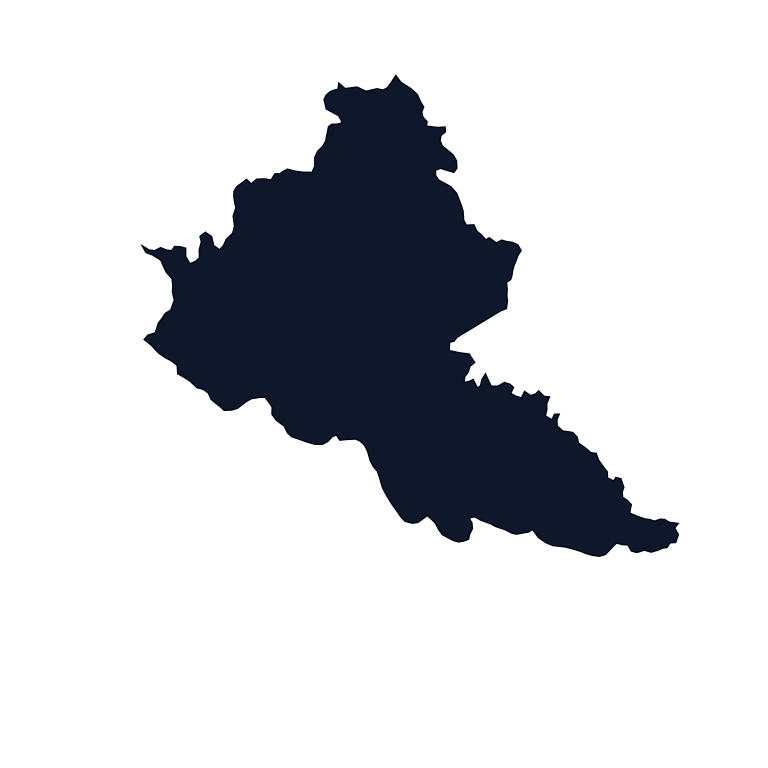 Itaporanga, São Paulo, Brazil (Equal Earth projection), rotated 150°
{"feature_id": "56859067B77352846322410", "entity_name": "Itaporanga", "entity_type": "district", "adm_level": 2, "iso_a3": "BRA", "parent_name": "Brazil", "parent_adm1": "São Paulo", "projection": "equal_earth", "projection_center": [-49.469, -23.65], "detail": "fine", "context": "isolated", "style": "filled", "palette": "ink", "viewbox_px": 768, "rotation_deg": 150, "n_neighbors": 0, "source": "geoboundaries", "source_scale": "gbopen_adm2", "svg_char_len": 3951}
<svg xmlns="http://www.w3.org/2000/svg" viewBox="0 0 768 768"><g transform="rotate(150 384 384)"><path d="M198.6,431.0L198.6,437.7L202.2,442.6L206.6,446.0L210.2,449.7L216.2,449.9L219.8,458.0L223.8,457.9L225.1,464.5L227.2,469.9L226.6,476.9L233.4,480.4L233.1,486.1L229.1,494.3L227.8,499.8L225.8,512.8L227.6,521.6L234.7,533.2L235.1,538.7L232.5,543.5L227.2,542.6L217.7,532.4L213.1,534.4L209.7,541.0L209.6,547.7L214.5,561.1L213.9,566.6L210.5,570.8L204.8,571.7L202.7,576.0L209.0,579.1L213.5,582.4L218.5,586.2L215.6,589.6L216.9,595.5L215.4,600.7L211.2,604.0L211.3,610.1L210.5,618.1L213.1,626.3L218.6,637.0L219.6,645.2L226.6,641.6L233.2,638.7L237.9,639.0L242.5,643.2L253.2,646.4L259.0,654.7L270.0,659.2L272.7,667.1L276.3,662.3L280.9,663.5L284.9,664.0L289.5,663.1L293.7,660.3L296.4,651.0L289.0,639.0L289.4,631.1L294.2,632.2L299.5,635.0L303.4,634.5L308.7,628.5L312.8,623.7L317.8,620.6L325.2,618.6L330.8,614.6L334.8,607.4L340.5,603.2L348.6,608.1L355.0,613.1L360.2,618.3L365.2,618.5L369.1,618.0L373.4,620.5L379.8,617.1L384.7,621.2L391.9,625.0L398.9,623.7L400.8,629.9L406.7,629.1L412.7,628.5L417.5,625.9L420.3,621.4L422.4,616.1L424.1,610.7L430.7,604.7L434.4,595.6L439.6,590.2L448.1,588.2L453.9,584.0L459.3,582.4L462.3,589.1L459.6,597.8L462.9,604.7L469.5,603.8L471.1,598.4L476.9,592.5L480.6,585.6L485.7,584.4L492.0,585.1L492.0,593.8L487.9,600.7L491.8,604.7L496.7,607.8L501.1,605.6L504.8,608.1L509.4,613.8L515.8,614.0L520.4,617.4L524.2,624.3L524.3,616.9L519.8,611.4L515.3,602.9L516.0,596.9L516.6,589.6L514.9,581.0L517.3,575.4L521.2,569.3L523.6,561.5L531.7,554.6L538.4,554.4L543.3,551.7L548.7,549.7L556.5,542.6L564.1,544.3L569.4,542.4L566.1,534.1L563.7,523.6L560.5,516.7L557.0,511.2L553.7,503.8L557.4,496.0L554.2,490.6L550.4,483.3L547.8,474.4L543.2,469.9L540.6,464.0L541.3,457.1L539.5,451.7L537.5,447.4L535.6,441.2L529.0,437.7L523.2,436.3L518.8,436.8L512.4,437.7L506.2,437.7L498.2,434.6L493.6,432.1L492.7,425.2L492.4,419.8L496.1,413.8L495.4,406.8L491.4,397.4L491.9,390.0L490.2,384.5L486.2,380.0L480.2,372.9L474.3,366.7L467.5,362.6L461.5,362.4L454.7,364.4L450.7,363.5L450.3,357.5L443.5,354.4L436.0,350.5L433.3,346.7L431.4,341.0L431.8,333.9L434.2,324.6L434.4,317.2L433.3,311.7L434.6,305.2L437.1,295.0L437.5,287.2L437.3,278.2L436.5,268.8L435.8,260.8L434.4,254.6L428.9,249.2L423.7,247.2L418.0,247.8L412.2,248.5L410.4,242.9L409.1,238.0L409.4,230.1L408.7,224.4L405.3,218.7L401.7,213.3L398.3,210.0L393.6,208.2L388.5,207.3L384.7,211.4L379.8,214.5L377.3,219.9L377.4,225.5L372.0,223.8L367.9,217.3L364.8,213.6L361.3,209.4L358.3,204.5L352.2,197.7L347.6,190.8L344.2,187.7L338.8,185.8L332.4,183.5L328.0,184.0L327.0,174.0L323.2,165.8L318.3,159.5L313.7,156.2L308.3,152.1L301.7,145.6L296.8,140.2L293.8,136.2L288.7,131.1L283.4,127.1L277.5,125.7L271.5,127.4L266.5,129.0L262.0,130.0L258.1,126.0L253.2,122.6L253.2,115.7L249.3,111.7L241.6,110.0L236.7,104.9L230.1,103.2L224.4,102.6L220.7,100.9L215.9,103.5L210.6,101.0L204.4,106.4L204.3,114.0L199.1,116.1L206.2,121.7L208.7,126.3L212.5,128.8L218.3,129.9L221.9,133.9L225.5,136.6L230.1,141.9L235.9,149.3L230.2,155.9L231.4,161.3L234.0,166.4L232.0,171.2L228.0,174.6L226.3,183.5L229.9,187.1L233.6,185.1L237.5,190.9L234.6,196.2L235.6,203.9L236.3,210.7L235.0,217.8L239.3,221.1L241.6,227.8L245.2,235.8L243.3,241.2L244.7,247.4L248.1,250.3L252.7,253.8L255.0,261.2L252.0,266.8L247.4,270.3L251.5,272.5L256.5,269.0L260.3,275.7L256.0,280.2L253.0,285.6L247.2,290.1L251.6,293.2L253.5,300.6L257.9,299.5L262.9,300.6L266.0,307.2L272.0,303.2L276.2,307.8L279.0,312.6L273.6,316.3L275.2,320.9L279.0,325.1L286.4,325.1L292.3,328.5L291.7,335.9L291.1,342.0L297.0,338.8L301.2,334.2L305.1,333.7L304.6,343.3L308.5,343.5L313.7,345.1L310.8,349.8L305.3,352.2L300.7,356.4L294.7,357.3L295.4,367.5L303.0,373.2L310.8,380.3L306.4,387.4L302.2,386.2L297.2,388.0L247.2,389.1L240.3,388.3L235.7,394.0L233.5,399.1L229.7,405.0L227.2,410.8L222.0,411.2L218.6,414.5L215.5,418.4L212.4,421.5L207.7,425.0L203.9,428.4L198.6,431.0Z" fill="#0f172a" stroke="#020617" stroke-width="1.5"/></g></svg>